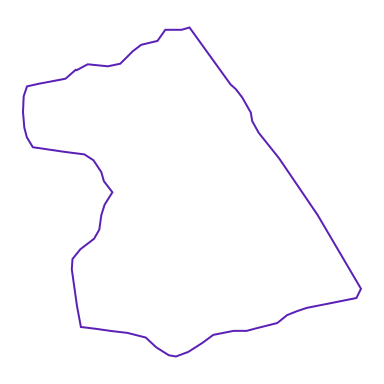 Yangyang-gun, Gangwon, South Korea (Albers equal-area conic projection)
{"feature_id": "91817680B9940099959324", "entity_name": "Yangyang-gun", "entity_type": "district", "adm_level": 2, "iso_a3": "KOR", "parent_name": "South Korea", "parent_adm1": "Gangwon", "projection": "albers", "projection_center": [128.559, 38.003], "detail": "fine", "context": "isolated", "style": "outline", "palette": "violet", "viewbox_px": 384, "rotation_deg": 0, "n_neighbors": 0, "source": "geoboundaries", "source_scale": "gbopen_adm2", "svg_char_len": 840}
<svg xmlns="http://www.w3.org/2000/svg" viewBox="0 0 384 384"><path d="M75.7,69.8L65.5,78.7L38.1,83.9L27.0,86.4L23.7,96.2L23.0,111.9L24.3,127.6L26.9,137.4L32.8,147.2L64.1,151.8L84.4,154.4L93.5,160.3L101.3,172.1L103.9,181.2L112.4,192.3L104.6,204.7L101.3,215.2L99.3,229.6L94.1,238.7L80.4,249.2L72.5,259.0L71.8,269.4L77.0,306.1L80.9,327.0L85.3,327.5L97.3,329.0L110.4,330.9L127.4,332.9L145.7,337.5L156.2,347.3L168.7,355.2L175.9,356.5L188.3,351.9L202.7,342.7L213.2,334.9L233.4,330.9L246.5,330.9L256.3,328.3L277.3,323.0L287.1,315.1L296.9,311.2L306.7,307.9L356.4,298.0L361.0,288.8L317.6,215.0L279.0,158.2L258.7,132.8L252.2,121.1L250.8,112.6L242.3,97.6L235.8,89.1L230.6,84.5L189.5,27.5L181.6,29.8L165.3,29.8L157.5,40.9L141.2,44.8L132.7,51.3L120.3,63.7L107.9,66.3L87.7,64.3L76.6,70.2L75.7,69.8Z" fill="none" stroke="#5b21b6" stroke-width="2"/></svg>